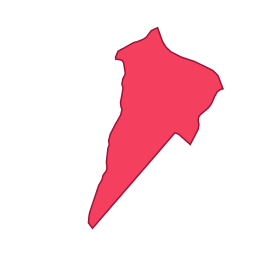 outline of Kouffo, rotated 221°
{"feature_id": "BEN-2176", "entity_name": "Kouffo", "entity_type": "Department", "adm_level": 1, "iso_a3": "BEN", "parent_name": "Benin", "parent_adm1": "", "projection": "robinson", "projection_center": [1.816, 7.113], "detail": "fine", "context": "isolated", "style": "filled", "palette": "rose", "viewbox_px": 256, "rotation_deg": 221, "n_neighbors": 0, "source": "natural_earth", "source_scale": "10m", "svg_char_len": 1066}
<svg xmlns="http://www.w3.org/2000/svg" viewBox="0 0 256 256"><g transform="rotate(221 128 128)"><path d="M85.7,156.5L89.5,155.2L89.3,120.9L89.2,86.9L89.1,52.0L89.0,29.0L95.7,30.5L100.0,36.5L101.6,39.4L112.4,65.4L113.6,71.4L114.3,73.2L115.5,75.1L115.9,76.7L116.2,81.1L117.0,83.0L118.7,85.2L121.8,87.9L129.8,99.5L130.8,102.1L131.6,103.6L134.2,105.5L137.3,111.7L140.0,122.6L142.0,132.8L144.5,137.7L146.0,138.8L147.1,139.4L150.4,142.3L154.7,149.7L158.1,155.1L161.4,157.1L164.2,161.8L165.2,165.9L165.6,167.0L166.7,168.2L173.8,174.1L175.6,174.9L176.9,175.1L179.1,174.1L182.5,171.9L183.9,173.3L185.8,179.1L184.8,182.6L183.6,185.4L180.3,194.8L179.4,196.8L177.7,199.1L174.7,204.9L174.0,207.3L173.7,209.3L174.1,212.2L174.3,216.8L171.5,223.1L158.9,216.0L152.6,214.0L145.7,213.6L134.5,216.4L121.5,221.8L102.1,227.0L97.6,226.9L94.1,226.4L82.8,220.3L82.0,219.9L83.6,217.4L84.4,213.8L83.2,208.1L81.6,203.3L80.7,199.3L80.6,195.3L82.2,185.5L81.7,182.3L79.9,179.7L76.8,177.1L76.5,176.9L74.2,173.0L70.2,156.4L85.7,156.5Z" fill="#f43f5e" stroke="#9f1239" stroke-width="1.5"/></g></svg>